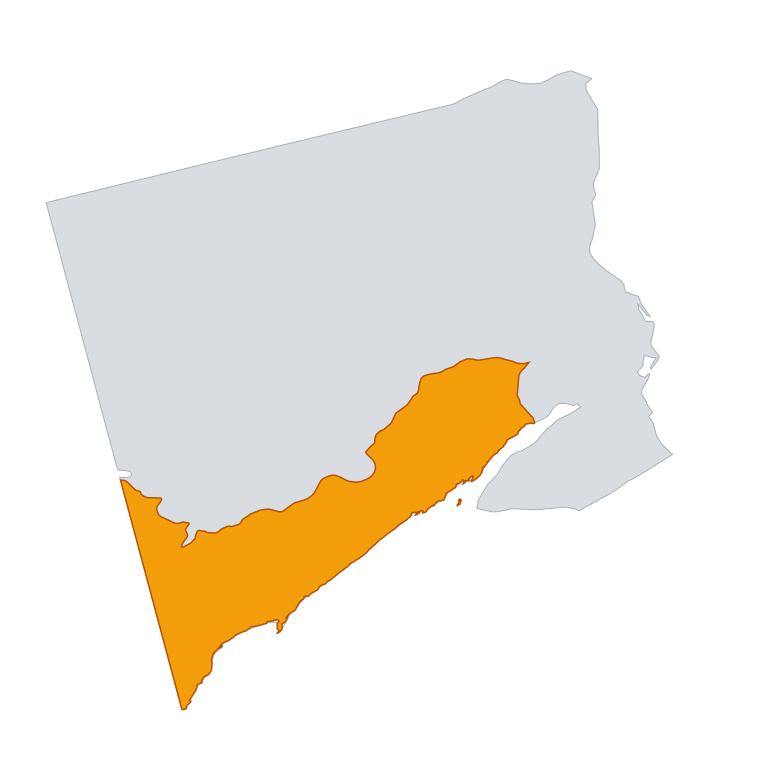 Al Bahr al Ahmar on a map of Egypt (Equal Earth projection), rotated 75°
{"feature_id": "EGY-1556", "entity_name": "Al Bahr al Ahmar", "entity_type": "Governorate", "adm_level": 1, "iso_a3": "EGY", "parent_name": "Egypt", "parent_adm1": "", "projection": "equal_earth", "projection_center": [33.554, 25.647], "detail": "fine", "context": "in_parent", "style": "filled", "palette": "amber", "viewbox_px": 768, "rotation_deg": 75, "n_neighbors": 0, "source": "natural_earth", "source_scale": "10m", "svg_char_len": 9270}
<svg xmlns="http://www.w3.org/2000/svg" viewBox="0 0 768 768"><g transform="rotate(75 384 384)"><path d="M645.4,663.4L631.0,663.4L616.5,663.4L602.0,663.4L587.6,663.4L573.1,663.4L558.7,663.4L544.2,663.4L529.7,663.4L515.3,663.4L500.8,663.4L486.4,663.4L471.9,663.4L457.4,663.4L443.0,663.4L428.5,663.4L414.1,663.4L405.8,663.4L407.2,658.2L408.1,654.4L407.2,651.8L404.4,651.2L402.5,652.0L398.2,663.0L395.9,663.5L390.7,663.5L373.9,663.5L357.1,663.5L340.2,663.5L323.4,663.5L306.6,663.4L289.7,663.4L272.9,663.4L256.1,663.4L239.2,663.4L222.4,663.4L205.5,663.4L188.7,663.4L171.9,663.4L155.0,663.4L138.2,663.4L121.4,663.4L121.6,650.1L121.9,636.9L122.2,623.6L122.5,610.4L122.8,597.2L123.1,584.0L123.4,570.8L123.7,557.6L124.0,544.4L124.3,531.2L124.6,518.1L124.9,505.0L125.2,491.8L125.5,478.7L125.8,465.6L126.2,452.5L126.5,439.5L126.8,426.4L127.1,413.4L127.5,400.3L127.8,387.3L128.1,374.3L128.5,361.3L128.8,348.3L129.2,335.4L129.5,322.4L129.9,309.5L130.2,296.6L130.6,283.7L130.9,270.8L131.3,257.9L131.6,245.1L131.3,242.7L129.2,234.0L127.4,222.9L125.4,209.3L125.2,204.9L121.7,190.9L121.5,186.9L122.6,184.1L129.4,172.3L131.5,166.6L133.3,159.8L134.0,154.2L132.4,145.7L130.4,138.1L129.9,130.3L129.8,122.6L133.3,117.4L137.4,112.5L138.9,109.5L141.3,106.1L143.0,104.5L146.0,111.4L152.6,112.6L174.5,106.5L198.2,112.6L211.4,115.0L231.6,120.2L243.8,129.5L247.1,130.7L256.1,130.5L261.8,136.0L285.0,138.7L297.3,144.8L304.3,149.7L308.5,151.2L312.2,150.9L317.3,149.1L323.8,145.7L330.8,140.9L345.3,128.7L350.4,126.5L353.7,127.1L357.7,126.9L359.5,123.6L361.6,121.4L363.0,118.8L365.2,115.7L372.7,114.8L387.7,109.5L386.0,112.0L372.3,118.0L378.1,118.7L384.1,116.7L390.9,115.4L392.2,112.9L393.1,108.1L394.5,107.4L399.2,108.3L413.1,115.6L416.6,115.8L426.5,111.8L428.6,110.9L431.8,113.2L439.0,122.3L436.5,122.1L428.7,114.3L428.0,118.2L423.5,125.0L429.1,128.0L433.6,129.1L436.0,132.9L437.5,136.3L442.0,134.8L445.2,130.2L443.5,127.6L442.4,124.9L443.9,124.9L447.0,127.1L455.8,135.9L458.8,137.7L462.3,137.4L469.5,134.9L471.5,135.3L481.2,132.0L482.3,134.4L483.9,136.8L491.7,134.1L504.0,134.2L514.0,131.3L525.6,124.4L526.6,123.3L527.2,125.0L528.6,129.8L532.2,141.8L535.3,151.3L539.1,164.5L540.3,169.5L540.8,173.0L546.4,187.5L549.7,199.4L552.1,209.1L555.5,223.2L557.0,228.2L554.7,230.8L549.9,240.0L544.9,269.4L537.6,292.4L536.8,306.8L535.7,312.0L532.2,319.3L528.0,326.5L520.4,322.8L508.1,310.2L501.0,298.2L493.3,290.5L486.1,280.3L484.1,272.9L484.2,268.2L481.0,256.7L478.7,251.3L469.9,239.1L467.4,232.6L465.5,229.7L463.6,225.6L460.5,209.9L457.0,199.8L453.0,202.6L453.7,206.8L450.2,212.7L448.1,219.4L449.7,225.0L456.9,233.4L458.3,237.1L460.0,245.1L459.7,255.9L460.8,259.6L466.2,267.7L468.1,272.5L469.2,276.7L471.0,280.4L476.4,287.5L484.1,300.9L491.4,310.0L496.7,314.4L498.9,318.8L499.4,330.1L499.0,335.5L503.7,345.7L505.4,350.9L509.9,355.1L512.0,359.9L513.9,367.8L516.8,390.9L520.7,396.6L532.9,427.2L543.2,446.6L548.2,461.1L555.9,478.7L570.9,517.6L579.8,529.6L583.4,536.3L589.8,541.5L596.8,549.0L590.2,548.3L588.5,548.8L586.2,550.1L585.1,554.6L584.7,558.3L585.6,578.1L587.4,588.2L593.4,607.3L597.8,613.1L600.0,616.8L602.9,619.5L616.9,626.0L625.1,639.9L643.5,657.4L645.4,662.2L645.4,663.4Z" fill="#d9dde1" stroke="#a8b0b8" stroke-width="1"/><path d="M646.0,663.4L408.5,663.4L409.8,660.2L410.8,658.7L411.8,657.8L412.8,657.0L421.9,651.7L422.4,651.2L424.1,648.1L424.6,647.5L425.2,647.2L427.3,647.1L428.4,646.7L430.6,644.7L432.0,642.7L432.8,641.2L435.7,631.2L436.1,629.9L436.9,628.9L437.4,628.7L437.9,628.7L438.8,629.4L440.8,631.4L443.1,634.4L444.6,635.5L445.7,635.9L448.8,636.1L450.9,635.7L452.9,634.9L454.5,633.7L456.1,631.9L457.5,630.0L463.2,623.5L464.4,621.7L465.0,620.5L465.4,618.6L465.4,616.9L465.2,613.6L465.5,612.8L466.7,611.2L467.2,609.4L467.8,608.4L468.7,608.5L469.2,608.9L471.6,612.0L473.1,613.3L474.5,613.5L478.1,612.8L479.2,612.9L480.2,613.4L481.2,614.1L484.8,618.7L487.6,621.3L489.0,621.8L489.4,621.5L489.5,620.8L489.4,619.3L487.6,611.6L487.3,611.0L485.7,608.9L485.1,607.5L484.3,606.5L481.2,605.0L478.2,602.7L477.7,602.2L477.4,601.5L477.4,600.8L477.6,600.0L478.8,598.2L480.0,594.9L481.7,593.0L482.0,592.5L483.8,586.9L484.3,584.8L484.1,583.0L483.5,581.7L482.3,579.3L482.0,578.4L481.1,572.9L481.2,570.4L482.1,568.6L482.3,567.1L482.1,564.0L482.1,561.2L481.9,560.3L481.4,559.0L480.9,558.3L478.7,556.2L478.0,555.0L476.4,550.0L475.4,547.6L475.0,546.3L473.8,536.3L474.2,532.3L475.1,527.6L475.5,526.6L479.7,519.5L480.3,518.2L480.8,516.3L480.8,514.7L476.1,502.7L475.9,501.8L475.6,499.7L475.5,491.9L475.1,488.5L474.2,485.1L472.7,481.9L471.0,479.4L462.2,471.1L460.8,469.6L459.9,467.7L459.4,466.1L458.7,461.7L458.7,457.8L459.7,454.7L460.3,453.5L463.2,449.7L467.4,445.1L468.4,443.8L469.2,442.4L471.4,436.8L471.9,435.3L472.2,432.4L472.1,430.3L471.7,426.0L471.0,423.3L470.6,422.0L470.0,420.7L468.3,417.9L466.8,416.2L464.9,414.8L461.5,413.6L458.7,413.4L455.2,414.0L446.4,419.1L445.1,419.4L440.5,412.5L439.4,409.8L438.5,408.5L437.3,407.7L434.5,406.9L433.2,406.3L431.3,404.9L430.7,404.2L429.0,401.2L428.4,399.6L428.0,396.4L427.8,395.5L425.2,390.5L424.6,388.6L422.7,386.3L415.4,380.3L410.9,368.7L409.9,366.7L406.6,362.5L403.5,359.6L402.9,358.2L402.2,355.9L401.3,354.2L400.4,353.2L399.1,352.3L396.4,351.3L392.0,349.1L388.2,346.4L387.8,346.0L387.1,344.7L386.4,342.4L386.3,339.9L386.5,334.8L387.3,329.3L387.3,327.0L387.1,325.3L385.7,319.8L385.4,314.3L385.2,312.8L384.5,310.5L382.1,304.4L381.8,301.2L381.3,298.0L381.4,297.0L381.7,295.7L383.0,291.9L385.4,287.0L385.6,285.8L387.2,270.6L387.5,268.9L388.3,266.3L389.3,264.3L392.2,259.8L394.7,255.1L395.9,253.2L397.9,250.8L398.5,249.7L400.6,243.9L400.7,243.1L400.5,240.8L400.7,238.4L403.8,242.9L405.0,244.2L406.1,246.7L406.6,247.5L408.3,249.6L410.4,251.3L411.2,251.7L426.9,257.3L428.7,258.3L434.6,257.3L438.1,257.5L438.8,257.3L452.8,250.3L454.0,249.4L455.8,248.8L456.6,248.6L460.7,248.6L460.9,250.4L460.2,251.3L460.0,252.0L459.5,252.2L459.4,252.7L459.7,253.3L459.4,257.0L459.7,257.7L461.4,260.0L461.7,262.3L462.9,263.7L464.7,266.7L466.2,267.0L467.1,268.2L467.7,269.9L469.8,279.6L472.3,281.2L473.8,283.1L474.2,284.2L475.5,284.8L476.0,286.3L477.2,289.1L477.6,289.5L477.5,289.8L477.3,289.9L479.2,291.7L480.0,292.9L479.9,294.2L480.5,295.1L480.8,296.4L482.0,298.2L484.0,300.7L484.5,302.0L485.8,302.8L486.1,304.7L486.8,304.8L487.6,305.3L489.0,307.4L489.9,308.0L489.8,309.6L490.2,310.0L490.7,310.1L491.1,310.0L491.5,310.8L492.4,311.3L494.4,312.0L497.4,315.3L498.4,317.7L499.2,318.9L500.2,321.5L500.3,322.6L500.5,323.0L500.9,324.9L500.0,324.9L499.5,323.7L496.4,321.8L496.1,321.8L495.8,323.1L496.1,324.1L497.4,325.9L497.6,326.7L497.9,327.2L499.1,326.6L499.4,326.7L499.2,328.4L498.5,329.7L499.1,330.5L500.1,331.3L500.9,332.9L500.9,333.3L499.4,331.3L499.1,331.3L499.1,331.7L499.4,332.5L499.1,332.5L498.8,331.4L498.0,331.5L497.2,332.3L496.7,333.3L497.7,333.9L498.5,335.0L499.7,337.6L499.4,338.4L499.4,339.6L500.1,340.2L502.0,341.3L502.6,342.0L503.0,344.3L504.3,346.3L504.9,350.1L505.2,350.9L506.6,352.5L508.3,353.8L510.1,354.9L511.0,355.6L511.5,356.6L511.5,359.4L510.9,360.2L511.2,361.4L511.5,363.6L511.9,364.4L513.5,366.0L514.3,367.2L514.6,368.2L513.9,368.1L513.9,369.0L514.2,369.8L515.1,371.2L516.0,373.8L516.4,374.6L518.1,376.0L518.4,376.6L518.7,379.4L518.4,380.0L517.7,380.1L516.8,379.3L516.3,380.4L516.2,382.2L516.4,384.0L516.5,385.5L515.6,389.0L516.0,390.7L516.6,391.3L518.0,391.8L518.7,392.3L519.2,393.1L519.6,394.9L521.0,397.1L521.6,398.7L523.1,403.8L525.2,408.5L526.3,410.3L530.0,420.5L531.7,423.5L533.3,428.5L536.8,434.3L537.5,436.6L540.4,441.9L542.4,444.6L546.2,453.7L546.8,456.4L547.9,458.9L548.3,461.9L549.1,463.5L551.0,466.4L552.0,469.6L553.3,472.0L553.8,474.5L559.6,486.7L559.8,488.6L560.3,490.1L561.9,492.4L562.1,495.7L562.4,497.7L562.8,498.3L565.1,500.7L565.9,502.3L567.2,507.7L568.8,511.1L569.4,511.7L569.4,512.7L568.7,514.5L568.7,516.1L570.5,516.9L572.7,522.0L578.6,527.5L579.6,528.8L581.2,534.5L582.4,536.1L584.1,539.0L584.8,538.9L584.1,537.3L584.5,537.2L585.4,538.3L586.6,538.9L588.2,541.0L588.9,542.6L589.0,544.3L590.3,545.3L591.7,545.0L593.9,545.8L594.8,546.4L595.5,547.2L596.5,549.9L597.2,551.1L596.9,551.7L595.4,549.4L594.8,549.3L592.5,550.6L590.8,549.8L588.7,549.5L587.9,549.1L587.1,547.9L586.7,547.7L586.6,547.4L585.0,546.7L584.6,547.1L584.0,548.5L583.7,550.2L584.0,553.0L583.4,557.3L583.7,558.7L584.5,559.0L584.9,559.7L584.7,561.0L584.9,563.9L584.8,566.4L584.7,571.5L584.1,574.9L584.3,575.8L585.6,578.3L586.7,581.0L586.8,582.0L586.8,584.7L587.9,591.7L590.0,596.0L591.5,599.8L592.1,605.2L593.3,608.2L595.2,611.0L596.3,611.8L594.5,608.2L595.4,608.2L596.0,608.7L596.6,610.6L597.3,614.0L598.0,614.6L598.7,616.0L600.0,618.1L601.7,619.7L604.1,620.9L605.4,622.0L606.1,622.2L608.5,622.4L612.1,623.3L615.5,624.7L616.7,625.6L618.9,628.2L619.6,629.6L619.9,632.3L620.6,634.1L623.3,636.9L624.7,637.6L624.5,636.7L624.8,636.7L625.7,638.0L625.5,639.7L626.3,642.1L629.3,643.8L631.7,645.6L634.4,648.4L638.4,653.2L639.2,653.7L639.9,653.7L640.3,652.7L641.4,653.4L642.0,654.3L643.0,656.7L643.7,657.5L645.4,658.8L646.5,659.3L646.6,661.4L646.6,662.1L646.0,663.4ZM518.2,340.9L519.7,341.6L520.1,343.7L520.7,344.3L520.7,344.7L519.8,344.5L518.8,343.1L517.5,342.5L516.6,341.5L515.6,342.0L515.2,341.7L514.8,340.4L515.0,340.0L515.6,339.6L516.9,339.8L518.2,340.9ZM516.6,382.8L517.5,382.8L518.7,386.2L518.7,387.5L518.1,386.8L516.6,382.8Z" fill="#f59e0b" stroke="#b45309" stroke-width="1.5"/></g></svg>